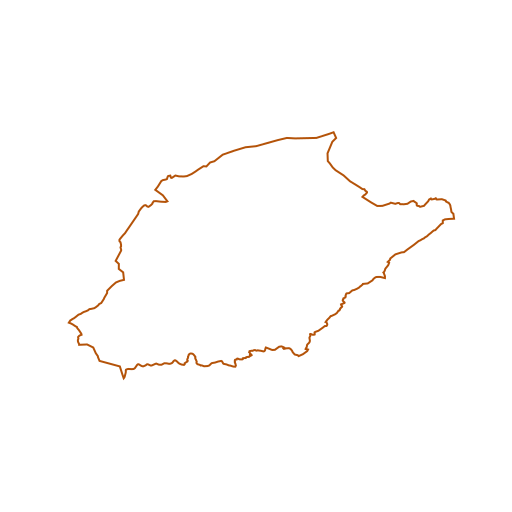 outline of Vidra, Alba, Romania, rotated 156°
{"feature_id": "2599482B12532638103294", "entity_name": "Vidra", "entity_type": "district", "adm_level": 2, "iso_a3": "ROU", "parent_name": "Romania", "parent_adm1": "Alba", "projection": "robinson", "projection_center": [22.929, 46.365], "detail": "fine", "context": "isolated", "style": "outline", "palette": "amber", "viewbox_px": 512, "rotation_deg": 156, "n_neighbors": 0, "source": "geoboundaries", "source_scale": "gbopen_adm2", "svg_char_len": 6108}
<svg xmlns="http://www.w3.org/2000/svg" viewBox="0 0 512 512"><g transform="rotate(156 256 256)"><path d="M267.5,359.4L273.9,358.4L276.8,357.8L281.4,357.1L286.6,357.1L289.6,358.0L294.0,360.1L296.9,362.3L300.5,361.7L301.1,361.6L301.6,361.8L301.9,362.3L301.7,363.4L301.6,364.3L303.7,364.8L304.6,364.2L305.4,363.3L305.9,362.6L306.5,362.5L307.5,362.6L310.3,363.2L312.0,363.0L317.5,359.3L321.1,357.4L316.4,349.3L314.7,342.0L316.5,342.1L321.0,344.4L325.0,346.8L327.1,347.6L328.8,346.7L329.3,346.0L331.0,345.3L333.7,344.7L334.4,344.7L335.3,345.6L335.6,346.4L336.1,347.3L337.5,347.7L339.6,347.1L341.5,346.3L345.0,344.3L346.6,342.3L360.9,333.5L363.4,332.0L366.4,330.1L369.1,329.0L373.5,326.8L374.3,326.2L374.7,324.9L374.2,323.7L374.7,321.2L375.4,319.6L376.0,319.3L376.3,318.9L376.6,316.7L377.0,315.8L386.2,308.6L384.5,304.6L386.6,300.0L384.0,295.1L386.3,287.9L390.6,288.7L394.7,288.8L399.9,287.2L406.1,284.8L407.1,282.7L411.6,279.5L412.5,278.6L416.5,276.0L418.8,275.9L420.2,275.1L423.0,274.4L424.9,274.1L428.0,274.7L429.7,275.2L430.7,275.0L431.5,274.7L433.9,274.7L435.9,274.9L437.6,274.8L439.6,274.4L442.0,274.6L445.7,273.6L448.0,273.1L449.5,273.1L450.3,272.8L451.8,272.7L454.1,271.2L452.4,269.5L451.1,267.8L450.0,266.0L449.1,264.7L448.5,264.1L448.6,262.7L447.9,260.3L447.2,256.1L447.4,255.0L449.4,255.1L450.2,254.9L451.5,254.3L451.7,253.7L451.9,252.7L452.9,251.7L453.4,250.4L453.5,249.4L453.4,247.6L453.7,246.8L446.3,243.9L441.9,238.6L441.9,232.4L441.2,228.7L441.5,228.0L441.6,223.8L425.3,210.5L426.2,202.5L426.6,198.1L426.2,198.3L425.2,199.0L422.5,202.4L422.0,203.2L421.6,204.3L421.0,205.0L420.0,205.0L418.7,204.8L415.6,203.2L413.9,202.6L413.4,202.6L412.3,202.8L408.8,204.9L407.8,205.1L407.2,204.8L405.3,202.1L404.1,201.1L402.8,201.0L401.1,201.0L399.9,201.4L399.3,201.3L398.7,200.9L396.8,198.8L396.2,198.5L395.5,198.4L391.7,198.4L390.9,198.3L388.9,196.2L386.6,195.1L383.4,195.3L381.3,194.3L379.2,192.8L377.8,192.4L376.3,192.4L375.4,192.7L374.1,193.5L372.8,193.8L372.0,193.4L371.0,191.6L370.7,190.7L370.2,189.5L369.3,188.3L368.0,187.0L367.0,186.4L366.6,186.1L365.9,185.8L365.1,186.2L364.8,187.0L363.4,187.3L361.6,187.5L361.0,188.0L361.2,188.9L361.0,189.2L360.7,189.7L359.7,190.5L359.2,191.2L359.0,191.8L358.0,192.5L357.6,193.2L356.5,193.6L355.7,193.6L355.0,193.3L354.2,192.9L353.4,192.0L353.1,191.3L352.4,188.7L352.5,188.2L352.9,187.9L353.2,186.8L353.0,185.9L353.1,185.5L353.1,183.7L353.7,182.9L353.9,182.5L353.5,181.0L351.6,179.4L351.1,178.5L350.7,178.5L349.8,177.9L348.3,176.4L345.1,175.2L343.6,175.0L342.9,175.1L340.9,175.9L339.8,176.1L336.7,175.3L333.6,175.0L330.5,174.3L329.9,173.6L329.7,171.2L329.5,170.7L327.0,168.9L325.3,167.1L324.0,166.3L322.6,165.0L321.5,164.1L319.9,163.3L318.9,164.2L318.8,165.2L318.6,166.0L318.7,167.2L318.5,167.5L318.2,167.8L318.2,168.6L317.5,169.6L317.0,169.7L315.8,169.3L315.5,169.7L314.9,169.9L314.4,169.7L313.1,168.3L311.2,167.4L310.4,167.1L309.8,167.3L309.6,167.9L309.2,167.9L307.0,167.0L306.4,167.1L306.1,167.5L304.9,167.3L303.6,166.7L303.2,166.7L302.4,167.0L300.6,167.1L300.3,167.2L300.4,168.0L301.6,168.4L301.3,168.8L301.0,169.6L301.1,170.3L301.4,170.8L300.6,171.7L298.4,171.2L297.8,170.8L296.3,170.8L295.2,170.5L294.2,169.4L293.6,169.2L293.0,169.2L292.1,168.7L291.9,168.5L290.2,167.5L288.0,165.8L287.4,165.7L287.0,165.7L286.0,166.3L284.9,167.8L284.2,168.4L281.2,165.4L280.1,164.2L279.3,163.5L276.9,162.6L271.8,163.7L269.6,163.1L268.6,162.2L267.6,161.0L268.6,160.5L268.3,159.8L265.4,159.2L263.3,158.3L262.7,157.7L262.0,156.4L261.6,154.7L261.6,153.2L260.7,150.3L259.6,149.4L258.2,148.4L257.8,147.2L253.1,147.2L247.9,148.3L246.5,149.4L247.3,150.1L248.5,150.8L248.3,151.1L246.6,152.3L245.6,153.9L244.8,154.4L243.1,155.0L242.3,155.4L242.0,155.7L241.3,156.5L240.6,158.9L240.6,159.2L240.3,159.8L238.8,161.0L238.6,161.5L238.5,162.4L238.2,162.7L237.7,162.5L236.4,161.1L235.3,160.6L234.4,160.4L234.2,160.6L233.9,161.4L233.7,162.1L233.6,162.4L233.3,162.5L231.9,162.5L229.4,162.3L224.0,163.4L222.9,163.7L221.5,164.0L221.0,163.7L220.0,163.4L219.1,164.0L218.8,164.4L218.6,164.9L218.6,166.4L218.9,167.2L219.2,167.4L218.7,167.8L217.7,168.1L216.9,168.7L213.9,169.8L212.7,170.5L212.0,170.7L211.6,170.5L207.2,170.6L205.2,171.1L202.9,172.5L202.6,172.3L201.9,172.4L201.1,172.9L201.0,173.3L200.7,173.6L199.9,173.8L199.7,174.2L198.2,174.5L197.8,174.9L197.9,175.8L198.1,176.5L198.0,177.2L194.3,177.1L194.0,177.5L194.9,179.8L194.8,180.3L194.3,180.8L193.8,181.0L193.5,181.7L192.2,181.8L191.2,181.8L190.7,182.3L190.4,182.8L190.5,183.1L189.2,184.6L188.5,185.0L186.0,184.2L182.0,185.4L180.1,185.0L176.9,185.0L174.4,185.3L173.4,185.8L172.5,185.9L170.2,186.6L169.7,187.0L165.1,185.5L159.4,186.4L158.8,186.9L157.9,187.3L156.6,187.7L155.4,187.9L154.4,187.8L151.1,186.4L147.2,183.4L146.4,185.1L146.2,188.3L146.3,189.1L145.7,189.2L144.3,190.3L143.0,191.8L139.0,193.8L137.1,195.7L137.4,196.3L138.0,197.0L135.0,198.1L134.4,199.1L128.0,200.8L121.6,200.1L119.2,199.3L115.3,200.3L107.1,202.0L101.4,203.5L99.5,203.5L97.3,203.8L95.3,203.8L94.4,204.2L91.7,204.5L89.5,205.3L87.0,205.9L84.5,206.7L83.1,207.0L81.7,206.7L81.1,206.9L80.4,207.3L74.0,209.9L72.0,210.0L70.9,212.5L68.4,212.6L64.5,211.3L59.9,209.5L58.5,214.4L58.9,215.0L59.2,216.0L59.5,216.5L59.5,217.0L58.9,219.0L58.3,221.9L58.0,222.8L57.9,224.2L58.4,226.4L59.0,226.8L60.3,228.6L60.1,229.0L60.2,229.6L63.1,232.3L67.7,234.0L68.1,234.3L68.1,235.4L68.4,235.7L69.4,235.5L72.5,236.2L72.8,236.4L72.9,237.4L74.9,237.2L76.4,236.0L80.7,234.2L82.1,233.5L86.0,234.2L86.4,234.5L86.8,235.4L88.3,236.3L88.5,237.3L87.7,238.7L88.6,240.4L89.2,241.1L89.5,241.8L89.6,242.2L92.4,242.8L96.4,242.1L99.8,243.1L103.2,244.7L103.7,246.1L104.5,246.6L105.4,246.8L107.5,247.0L111.2,249.9L112.7,249.6L120.2,250.4L124.9,252.4L129.1,258.2L134.7,266.7L132.9,267.5L131.2,267.7L128.8,268.8L128.6,269.6L129.6,271.2L129.8,272.9L130.7,273.3L131.6,273.9L133.4,276.8L139.7,286.0L143.2,294.0L148.4,302.0L149.9,305.7L150.9,310.6L151.8,313.5L148.9,320.7L139.8,329.3L134.8,331.2L134.8,337.5L139.2,337.8L152.8,339.3L172.4,347.5L179.8,351.3L188.9,353.0L211.3,356.3L221.3,359.6L233.2,361.1L245.2,362.1L255.5,359.5L259.9,360.1L264.9,358.0L267.5,359.4Z" fill="none" stroke="#b45309" stroke-width="2"/></g></svg>